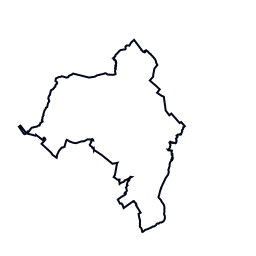 outline of Villa de Allende, México, Mexico, rotated 40°
{"feature_id": "50627088B59559873877291", "entity_name": "Villa de Allende", "entity_type": "district", "adm_level": 2, "iso_a3": "MEX", "parent_name": "Mexico", "parent_adm1": "México", "projection": "mercator", "projection_center": [-100.123, 19.395], "detail": "fine", "context": "isolated", "style": "outline", "palette": "ink", "viewbox_px": 256, "rotation_deg": 40, "n_neighbors": 0, "source": "geoboundaries", "source_scale": "gbopen_adm2", "svg_char_len": 5666}
<svg xmlns="http://www.w3.org/2000/svg" viewBox="0 0 256 256"><g transform="rotate(40 128 128)"><path d="M211.2,186.7L211.7,185.3L211.8,184.0L211.6,183.2L211.9,182.3L212.2,181.9L212.9,181.6L213.1,181.1L213.1,180.5L213.3,179.8L213.5,179.5L214.4,178.9L215.0,177.3L215.1,175.5L214.7,174.3L213.9,173.0L213.2,172.1L212.8,171.7L211.7,171.3L210.8,170.5L209.7,168.7L208.5,167.4L206.9,165.3L206.4,164.9L205.1,164.0L203.9,163.5L202.8,163.2L201.8,163.0L198.9,161.9L197.0,161.8L195.7,161.3L194.7,158.8L193.7,156.9L192.3,153.8L192.3,153.0L191.8,152.6L191.6,151.6L191.1,150.1L189.0,142.0L188.7,137.9L187.6,135.7L186.3,134.3L185.9,134.2L184.3,130.4L182.9,128.6L182.8,128.1L182.4,127.3L182.2,125.9L182.3,125.1L181.9,124.8L182.0,124.6L181.7,124.4L181.8,123.9L181.6,124.0L181.6,123.8L181.4,123.7L181.4,123.4L182.0,123.4L181.8,123.0L181.7,122.3L181.1,122.4L180.7,122.2L180.8,121.9L180.5,121.5L180.4,121.3L180.0,120.8L179.4,120.5L179.3,120.0L178.8,119.8L178.6,120.1L178.2,119.6L178.2,119.3L177.9,119.4L177.8,119.1L177.4,119.0L176.5,118.2L176.5,117.9L176.4,117.4L176.2,117.1L175.7,117.5L174.1,118.5L173.2,119.2L172.5,119.0L172.7,118.9L173.3,117.6L172.8,117.4L172.7,115.9L172.0,115.0L171.8,114.2L171.5,113.7L169.4,112.7L169.1,112.5L169.3,111.7L169.1,111.3L169.2,111.2L170.7,111.1L171.0,110.6L171.8,110.2L171.8,110.5L171.4,110.9L171.5,111.0L172.2,110.3L173.0,109.6L173.8,109.4L174.2,109.2L174.3,108.2L174.1,107.6L173.7,107.4L173.5,107.0L173.2,106.8L173.2,106.3L173.0,106.1L171.5,105.3L171.5,105.2L171.7,104.7L171.7,104.1L171.6,102.9L170.7,102.7L170.2,102.7L170.3,101.7L170.3,101.2L171.0,100.8L171.2,100.2L171.9,99.6L171.9,99.3L171.8,99.1L171.9,98.9L172.1,98.8L172.6,99.2L172.8,98.9L172.2,97.4L171.7,96.0L171.4,95.4L170.8,95.0L170.8,94.7L170.9,94.2L170.6,92.8L169.9,92.1L170.2,91.8L170.2,91.4L170.4,90.1L164.9,89.3L164.4,91.0L151.9,89.1L151.5,91.7L145.7,90.4L135.3,81.0L132.7,81.8L127.6,82.3L127.5,78.0L122.3,77.7L114.2,77.6L114.3,72.4L113.4,71.5L110.0,65.4L110.0,60.9L107.4,59.8L107.2,59.5L105.6,58.4L105.1,58.2L103.7,57.8L103.4,57.8L102.1,57.4L101.5,57.5L100.4,57.2L99.0,57.2L98.0,56.8L96.8,57.1L93.6,56.6L92.4,56.8L91.9,56.8L91.3,58.2L91.6,58.5L91.7,58.2L92.2,58.4L92.5,58.6L92.5,58.9L92.1,59.4L90.6,59.7L90.5,59.9L89.6,59.7L88.2,59.7L88.1,59.4L76.0,56.6L75.6,59.5L75.5,60.6L76.1,64.1L74.2,65.3L73.8,66.2L73.8,67.4L74.1,67.7L75.0,68.4L75.4,69.2L75.1,70.0L74.3,70.6L73.4,71.7L72.2,73.0L71.8,76.3L71.9,77.3L71.5,79.7L71.8,80.9L72.0,81.0L72.0,82.0L72.7,81.8L72.5,82.0L72.2,82.1L72.0,82.9L72.7,82.3L72.4,82.8L72.3,83.7L72.4,83.8L72.3,84.0L72.5,84.5L73.6,84.7L74.0,84.5L74.1,84.3L74.9,84.2L75.5,84.4L75.6,84.6L76.0,84.8L75.8,85.0L76.2,85.4L76.3,85.2L77.0,86.0L77.4,86.0L78.1,87.5L78.5,87.6L78.6,87.9L78.2,88.1L79.2,89.7L79.7,89.7L79.8,89.8L79.6,89.8L79.7,90.6L80.0,90.8L79.8,90.4L79.9,89.9L81.6,92.9L83.7,94.5L83.6,95.3L82.8,96.4L81.9,97.2L80.2,98.6L79.6,98.9L78.5,99.8L77.8,100.2L76.2,100.3L75.2,100.8L74.9,101.6L70.2,108.0L69.9,109.3L69.3,110.4L65.7,114.4L51.0,121.6L50.6,122.2L50.7,122.8L50.7,123.2L49.1,126.1L49.3,127.0L49.5,127.1L49.3,127.9L48.3,129.1L46.6,129.7L43.9,131.0L43.5,132.1L42.3,133.3L40.9,136.4L42.3,138.7L43.4,138.6L44.2,138.6L44.7,138.9L45.0,139.4L45.1,140.0L44.8,141.5L45.7,142.9L45.6,143.8L45.4,144.1L45.7,144.9L45.6,145.5L45.6,145.9L45.4,146.1L45.6,146.6L45.6,146.9L45.0,147.8L44.8,148.3L45.0,149.3L45.5,149.9L45.6,150.5L45.9,150.9L46.3,151.9L46.9,152.5L46.8,154.0L47.0,154.8L48.1,156.8L49.7,157.4L50.1,158.0L50.4,158.1L50.7,158.9L50.7,160.2L51.8,162.5L52.5,163.5L52.5,164.6L52.1,165.2L52.4,165.6L52.9,168.6L54.4,172.0L55.0,172.3L55.0,172.8L55.3,173.5L55.3,174.0L55.6,174.7L55.9,175.2L56.3,175.5L56.8,176.5L56.8,177.0L57.0,177.1L57.2,177.5L57.5,177.4L58.5,178.0L58.1,179.6L57.6,180.3L57.7,180.7L58.4,182.2L58.6,183.0L57.9,183.4L57.4,185.3L54.1,189.6L54.0,191.4L54.2,191.8L54.1,193.8L54.3,194.2L53.9,195.1L54.0,195.2L53.8,195.4L54.0,195.9L53.4,195.7L53.5,196.1L53.2,197.3L44.1,195.3L43.6,197.1L51.9,199.4L52.3,199.0L52.8,199.1L53.1,198.8L53.5,198.0L53.7,197.3L62.2,193.3L62.2,192.7L62.0,192.4L70.3,192.0L69.7,189.7L70.2,189.2L71.7,189.6L72.2,190.0L72.0,195.7L83.0,196.2L85.9,196.5L86.5,196.8L87.4,197.1L92.5,196.7L92.0,195.7L91.2,194.8L90.1,191.0L89.8,189.3L89.8,185.7L90.7,184.7L91.5,183.0L91.0,182.4L88.9,177.6L88.7,176.4L91.0,175.9L92.2,175.8L95.8,174.4L98.0,173.0L100.9,168.3L103.0,166.2L104.3,162.7L107.3,160.4L107.6,159.5L108.2,159.4L108.7,159.4L109.3,159.9L108.0,160.4L107.9,160.7L108.4,161.5L108.2,161.6L109.0,163.0L109.5,165.5L110.6,165.9L112.4,165.6L113.3,166.1L114.3,165.9L114.7,166.1L114.7,165.5L116.5,167.2L116.4,166.6L125.3,165.6L139.1,165.4L142.3,161.4L142.5,162.5L148.2,172.4L148.6,174.8L150.1,174.5L152.4,174.5L153.2,174.3L154.7,172.9L155.1,173.4L155.3,174.5L156.8,175.2L157.1,175.8L157.5,176.2L157.8,174.6L159.1,172.4L159.3,171.7L159.3,171.4L159.5,171.2L159.1,170.3L160.3,168.2L161.2,165.8L161.3,164.8L161.3,163.7L162.3,163.1L161.7,164.8L161.9,166.0L162.5,167.2L162.5,168.1L162.2,168.3L162.4,169.6L163.6,172.3L164.5,172.2L164.7,175.0L165.7,175.4L167.5,176.8L167.6,178.7L167.3,179.0L167.3,180.0L167.9,179.9L167.9,179.5L168.1,179.5L168.1,179.3L168.6,179.6L168.7,180.6L168.6,181.3L167.1,185.3L166.2,189.4L170.4,191.1L171.5,190.0L173.7,190.5L174.0,191.0L175.5,191.7L176.1,192.1L179.1,180.6L179.5,180.5L179.6,180.2L180.7,180.5L180.8,180.7L181.9,180.5L182.6,181.0L183.2,180.9L183.8,181.5L183.8,182.0L192.1,184.8L191.3,187.0L194.8,189.9L195.7,190.5L196.2,190.6L197.8,192.4L198.4,193.5L199.5,194.4L200.0,195.4L200.3,195.5L200.6,195.9L201.1,196.2L202.2,196.1L203.0,196.4L204.5,197.4L204.9,197.8L205.6,198.4L206.1,198.1L206.4,196.9L206.6,195.2L208.4,192.2L209.2,190.3L209.6,189.8L210.3,187.6L211.2,186.7Z" fill="none" stroke="#020617" stroke-width="2"/></g></svg>